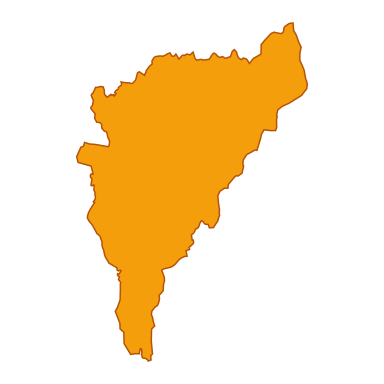 Obafemi Owode, Ogun, Nigeria
{"feature_id": "59680162B74248263036628", "entity_name": "Obafemi Owode", "entity_type": "district", "adm_level": 2, "iso_a3": "NGA", "parent_name": "Nigeria", "parent_adm1": "Ogun", "projection": "equal_earth", "projection_center": [3.472, 6.959], "detail": "fine", "context": "isolated", "style": "filled", "palette": "amber", "viewbox_px": 384, "rotation_deg": 0, "n_neighbors": 0, "source": "geoboundaries", "source_scale": "gbopen_adm2", "svg_char_len": 4408}
<svg xmlns="http://www.w3.org/2000/svg" viewBox="0 0 384 384"><path d="M92.0,97.7L93.4,100.0L92.5,105.4L90.8,107.4L91.0,108.8L95.1,113.8L94.7,118.3L96.7,122.2L99.8,122.6L101.6,124.3L101.8,128.2L104.1,130.9L106.7,132.1L107.8,137.0L109.6,141.3L109.2,145.1L108.4,146.7L95.0,144.4L89.5,144.0L84.6,142.4L83.5,146.2L80.8,147.3L76.7,156.6L78.0,162.4L91.1,166.1L93.1,174.1L91.0,174.0L90.3,175.5L90.6,177.4L92.0,178.9L90.9,185.3L91.9,185.9L93.6,184.9L94.3,185.4L93.8,189.8L94.9,192.2L95.0,194.8L95.5,197.3L94.9,199.7L93.3,201.8L94.6,202.5L92.8,205.3L90.4,209.0L88.6,212.5L87.7,215.3L87.3,217.9L89.3,221.5L91.4,223.8L93.1,226.3L95.8,231.4L96.9,233.5L100.0,236.1L101.1,239.6L102.0,241.6L102.0,245.3L102.5,247.4L103.7,250.3L104.4,253.8L105.3,256.9L106.5,259.0L108.4,262.0L108.9,263.1L117.0,267.8L117.0,270.0L118.6,271.0L120.1,270.1L121.1,270.9L119.3,273.8L117.6,273.6L117.5,275.4L119.4,276.7L118.5,279.6L120.7,282.4L120.3,284.3L120.4,288.9L120.1,299.8L117.6,307.1L115.3,311.3L119.9,323.4L120.1,329.0L123.8,332.2L124.1,343.6L129.6,352.7L130.6,354.4L132.7,354.1L135.2,353.7L139.1,353.8L139.7,351.6L140.3,348.6L141.5,349.1L141.8,351.2L141.8,352.8L141.4,354.4L141.9,355.5L142.2,357.4L143.1,358.1L144.1,358.2L145.9,358.6L147.3,359.6L148.2,361.0L151.0,360.0L150.8,355.7L152.5,353.9L151.8,346.7L151.3,340.9L151.5,331.3L151.7,328.9L154.7,326.0L153.2,321.3L152.6,317.7L151.9,315.8L151.4,314.7L151.6,312.9L151.9,311.1L153.7,308.8L154.7,307.3L157.4,305.6L158.8,302.3L159.5,298.7L159.1,295.4L163.1,290.8L163.6,283.8L164.5,281.0L164.4,277.6L163.1,273.9L162.2,271.5L161.7,270.2L163.7,268.9L170.4,267.3L172.4,266.4L173.4,265.7L175.5,264.0L176.8,262.3L178.4,260.4L180.0,258.9L181.7,257.8L183.7,256.8L185.2,256.4L187.1,256.2L186.3,252.2L186.1,250.6L189.6,249.5L189.1,247.3L191.1,245.6L193.4,243.5L193.6,241.6L193.1,240.0L192.2,240.1L191.4,234.8L193.4,233.4L194.5,231.7L195.6,229.1L197.8,228.1L199.0,226.1L199.8,223.4L200.7,221.9L201.3,220.7L202.7,221.2L204.2,223.3L205.2,224.2L206.0,224.3L208.2,224.4L209.4,227.9L213.7,227.5L214.1,226.5L216.1,223.5L217.9,220.8L218.8,217.3L219.6,215.3L219.2,212.6L219.5,209.7L218.5,203.3L217.8,195.6L220.1,191.1L224.5,188.2L227.9,188.2L228.3,184.6L231.2,181.0L234.0,177.7L235.9,175.8L238.1,176.0L242.0,173.2L243.6,166.2L242.9,164.1L243.2,160.6L243.2,160.1L246.7,154.6L255.1,150.0L256.9,150.4L260.8,137.8L261.2,134.8L264.0,129.8L270.5,130.6L275.6,130.6L276.7,127.2L276.5,119.7L277.2,116.4L276.6,115.3L277.0,113.4L277.6,110.8L277.8,109.9L281.5,106.9L282.7,106.1L288.9,103.3L301.6,95.4L306.6,88.9L307.3,84.6L306.7,81.4L306.3,80.3L306.2,80.2L305.6,78.5L305.3,76.8L304.1,70.1L302.1,65.2L299.8,60.2L299.9,53.4L301.1,47.1L298.8,42.3L296.1,34.7L293.7,30.6L293.2,25.6L293.1,23.0L289.4,23.4L285.2,26.2L284.1,27.5L283.4,31.7L282.5,32.9L281.1,33.6L277.5,33.0L274.0,32.2L271.1,33.5L264.5,40.5L261.8,44.0L261.2,44.3L261.0,54.1L253.3,58.5L249.4,63.5L247.7,60.6L246.3,58.9L243.2,58.0L241.4,59.6L240.3,59.2L238.4,57.6L237.1,54.6L236.6,52.2L234.3,49.6L232.3,51.3L230.4,56.8L228.5,57.2L226.5,58.1L225.0,58.1L222.5,56.6L219.7,57.4L218.6,56.9L217.4,56.0L216.2,54.4L214.1,53.1L213.4,53.2L211.6,55.4L209.5,59.0L206.8,59.7L204.9,59.9L202.9,60.2L201.8,59.4L199.8,59.5L196.6,60.2L194.9,58.1L193.7,54.1L193.1,52.1L190.0,54.9L187.0,54.0L184.5,55.5L184.1,55.1L182.2,55.4L179.0,59.1L175.9,54.0L174.1,56.2L171.9,56.1L170.0,52.9L169.7,53.0L168.3,53.5L167.5,53.7L165.8,55.1L164.6,55.4L162.8,56.4L161.6,56.0L159.1,56.0L158.1,56.2L155.8,56.5L154.1,57.5L153.1,59.0L151.9,61.1L152.2,63.9L149.3,66.4L148.3,67.9L146.3,70.6L145.4,73.7L144.3,74.3L144.4,75.2L139.3,71.8L138.6,72.1L137.5,72.9L135.7,79.9L133.7,82.2L132.1,83.6L131.6,83.6L130.7,83.3L129.5,82.9L127.3,82.8L126.7,82.8L124.0,82.5L122.4,82.2L121.1,81.9L121.2,82.4L121.5,83.4L121.5,83.9L121.6,84.6L121.5,84.9L120.5,85.8L119.2,86.8L118.5,87.3L118.6,87.8L118.3,88.8L118.0,89.2L117.7,89.4L117.2,89.7L116.2,90.3L115.4,91.3L114.6,92.5L115.2,93.2L116.0,93.5L115.6,94.0L115.1,94.9L114.8,95.6L114.5,96.0L114.2,96.1L113.5,94.7L113.3,94.6L112.7,94.9L112.2,95.2L111.8,94.8L111.3,94.6L111.2,94.5L110.6,95.0L110.4,95.2L110.3,94.8L110.1,95.0L109.4,95.5L108.5,96.2L107.8,96.8L107.2,96.9L106.8,97.2L106.0,95.8L105.4,95.5L105.1,95.3L104.7,94.3L104.3,92.3L104.3,91.5L104.3,90.7L104.3,90.1L104.0,89.1L103.6,88.6L103.4,88.0L103.4,87.5L103.4,87.0L100.5,86.5L99.0,86.9L97.7,87.4L95.6,87.3L93.0,93.1L92.1,93.6L91.3,95.0L91.3,95.9L91.9,96.4L92.0,97.7Z" fill="#f59e0b" stroke="#b45309" stroke-width="1.5"/></svg>